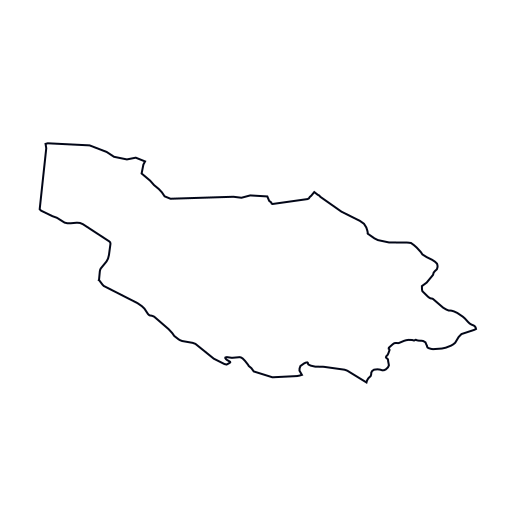 the County of Dalarna, rotated 352°
{"feature_id": "SWE-181", "entity_name": "Dalarna", "entity_type": "County", "adm_level": 1, "iso_a3": "SWE", "parent_name": "Sweden", "parent_adm1": "", "projection": "natural_earth1", "projection_center": [14.891, 61.079], "detail": "fine", "context": "isolated", "style": "outline", "palette": "ink", "viewbox_px": 512, "rotation_deg": 352, "n_neighbors": 0, "source": "natural_earth", "source_scale": "10m", "svg_char_len": 2966}
<svg xmlns="http://www.w3.org/2000/svg" viewBox="0 0 512 512"><g transform="rotate(352 256 256)"><path d="M97.0,258.0L97.3,257.5L99.2,249.5L99.8,247.9L100.5,246.8L107.2,240.6L109.1,238.0L110.5,234.6L113.6,223.6L113.5,222.2L112.7,221.1L89.0,200.4L86.3,198.8L83.3,198.1L77.1,197.8L73.7,197.3L71.1,196.3L64.1,190.4L59.9,188.2L49.5,181.2L48.3,179.6L55.8,149.8L63.3,120.1L63.2,115.7L65.5,115.4L106.6,123.3L122.6,132.2L129.2,138.0L141.6,142.4L150.6,141.9L159.3,146.9L157.2,149.8L154.2,158.4L161.6,166.6L164.9,171.6L169.2,176.3L171.7,179.9L173.8,184.2L179.3,187.4L241.9,194.2L249.7,196.3L258.7,195.2L275.5,198.6L276.7,203.2L278.5,205.1L278.8,206.3L279.6,206.8L315.0,206.8L316.4,206.3L317.5,205.0L319.1,204.0L322.6,200.8L325.7,204.0L327.0,204.9L328.0,206.4L346.8,224.0L363.8,235.7L367.4,239.1L369.2,243.1L369.8,246.6L369.9,248.3L369.7,249.2L369.9,249.6L375.7,255.0L378.9,257.2L389.6,261.1L408.0,263.8L411.3,264.7L413.9,267.2L416.3,270.0L419.8,275.1L421.0,277.6L424.9,280.9L429.9,284.3L432.5,286.6L434.2,288.8L434.4,290.5L434.3,292.0L433.4,294.1L432.9,294.6L431.1,295.8L429.6,297.2L428.7,299.3L421.3,306.1L416.1,308.9L415.7,312.5L415.9,314.1L420.6,320.2L422.0,321.6L423.1,322.3L424.2,322.6L424.9,322.9L425.4,323.3L434.1,333.2L437.0,335.5L439.2,336.8L440.7,337.0L442.1,337.4L444.3,338.4L447.4,340.4L452.4,344.9L454.2,347.0L456.7,350.7L458.2,352.6L459.8,353.9L461.7,355.0L462.7,355.8L463.5,357.2L463.7,358.9L461.9,359.5L448.6,361.9L445.4,364.4L441.2,369.6L439.1,370.9L436.7,371.9L431.2,373.2L427.2,373.5L418.4,372.9L416.6,372.4L414.0,371.2L413.1,370.4L412.8,369.4L412.8,368.5L412.4,367.6L411.8,365.1L409.8,363.5L408.3,363.0L405.1,362.4L403.5,361.8L402.6,361.2L400.7,361.7L398.9,360.9L395.4,360.3L393.0,360.3L390.9,360.6L385.6,362.0L384.8,362.1L382.5,361.6L380.8,361.6L379.0,362.5L374.8,365.3L374.5,366.3L375.0,366.9L375.2,367.6L373.7,370.5L372.7,372.1L371.0,373.5L370.6,374.4L371.0,375.3L372.0,376.2L372.3,377.1L372.3,377.6L372.2,378.1L372.4,382.7L372.0,383.4L371.1,384.7L368.7,386.4L366.9,386.9L365.2,386.8L363.1,385.8L360.5,385.1L357.1,385.0L355.1,386.0L354.0,387.4L353.5,389.5L352.8,390.9L350.5,392.5L349.5,393.6L348.6,394.8L347.8,396.6L330.6,382.4L329.6,381.8L327.8,380.9L307.5,375.1L299.2,373.8L295.0,372.2L293.3,371.1L292.7,370.6L292.5,369.9L292.5,369.4L292.4,368.9L292.0,368.5L290.6,368.5L288.8,369.0L284.7,371.1L283.5,373.4L283.1,375.6L284.9,380.1L282.3,380.5L279.9,380.6L255.4,378.4L237.7,370.0L235.8,366.4L233.5,363.9L233.0,362.6L230.5,358.3L228.6,355.7L227.2,354.5L225.8,353.9L218.0,353.5L213.2,352.1L212.3,352.1L211.5,352.3L211.4,352.9L211.9,353.9L212.9,355.0L215.6,357.1L215.7,357.6L215.2,358.1L213.7,358.7L211.8,359.4L209.7,358.6L199.9,351.8L183.8,334.6L181.2,333.2L171.0,329.9L168.9,328.7L167.7,327.7L164.0,323.9L163.8,323.6L162.4,320.8L159.3,316.3L146.8,302.0L145.4,301.1L144.1,300.5L142.6,300.1L141.6,299.3L140.9,298.3L138.2,292.6L136.0,289.8L132.1,286.2L101.1,264.5L100.0,263.0L97.4,258.3L97.0,258.0Z" fill="none" stroke="#020617" stroke-width="2"/></g></svg>